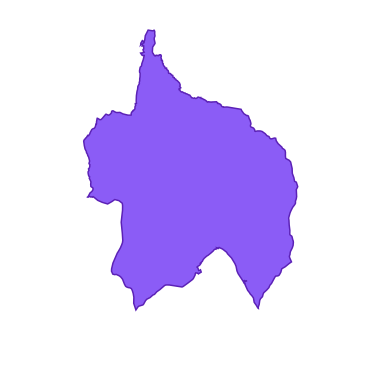 outline of Bello, Antioquia, Colombia, rotated 205°
{"feature_id": "7082276B79272217078231", "entity_name": "Bello", "entity_type": "district", "adm_level": 2, "iso_a3": "COL", "parent_name": "Colombia", "parent_adm1": "Antioquia", "projection": "robinson", "projection_center": [-75.562, 6.361], "detail": "fine", "context": "isolated", "style": "filled", "palette": "violet", "viewbox_px": 384, "rotation_deg": 205, "n_neighbors": 0, "source": "geoboundaries", "source_scale": "gbopen_adm2", "svg_char_len": 6075}
<svg xmlns="http://www.w3.org/2000/svg" viewBox="0 0 384 384"><g transform="rotate(205 192 192)"><path d="M82.7,114.6L83.3,115.7L83.6,118.5L84.8,122.4L84.8,124.2L83.9,126.9L84.4,129.6L84.4,131.0L82.9,134.6L81.9,137.8L82.0,140.4L81.3,142.6L80.9,149.8L80.6,151.1L78.7,152.3L78.0,153.2L77.8,153.9L77.6,156.9L78.2,160.2L78.1,160.5L75.9,163.7L73.8,168.1L72.3,170.7L75.7,173.7L76.6,174.9L76.8,176.9L77.3,178.2L77.6,179.7L77.5,183.8L77.8,186.3L78.8,189.1L79.5,190.3L80.5,191.3L82.4,193.7L83.1,194.2L84.8,194.5L85.5,195.0L87.1,198.6L90.1,203.4L92.3,207.6L93.0,208.5L93.5,209.6L94.3,214.4L94.4,216.5L94.3,220.5L93.5,224.3L93.5,225.6L94.4,227.5L94.6,229.8L95.2,232.0L98.5,238.3L98.4,241.0L98.5,241.6L101.6,245.0L103.5,245.0L105.8,248.1L108.9,251.2L111.3,255.8L115.3,260.9L117.3,261.8L121.2,262.0L122.4,263.8L124.1,267.5L125.3,269.1L126.8,269.6L128.6,269.8L129.4,270.6L134.4,272.2L137.3,274.0L138.9,276.1L140.2,275.7L142.3,273.8L143.4,273.4L144.1,273.6L145.7,274.8L147.9,274.7L150.3,275.8L154.0,276.5L155.8,276.2L158.5,275.0L160.2,273.7L160.7,273.7L161.4,274.8L162.9,275.8L164.0,276.0L165.9,275.8L166.8,276.3L167.3,277.3L167.3,278.5L167.7,279.2L169.6,281.5L171.0,282.5L173.0,284.7L174.0,284.8L174.6,284.4L178.1,284.9L181.3,286.7L182.5,287.7L195.4,284.1L196.7,283.6L198.4,282.6L199.4,282.5L199.4,282.2L201.0,282.1L202.2,282.8L202.6,283.3L204.1,283.6L204.7,283.4L205.3,283.6L205.8,283.3L206.3,283.5L206.4,283.3L207.0,283.8L208.0,284.1L211.4,282.3L211.6,282.1L212.0,282.1L212.6,281.4L213.7,281.3L214.4,280.9L215.0,280.9L216.0,280.0L216.9,280.4L217.2,280.3L217.5,280.6L219.8,281.0L220.6,280.7L221.7,281.1L222.5,281.0L223.2,280.6L223.9,281.4L224.8,280.8L226.3,280.7L226.8,280.4L227.2,279.3L227.9,278.5L228.6,278.2L229.4,278.4L229.6,278.0L230.3,277.5L231.1,277.6L232.1,277.3L235.1,278.9L235.9,278.6L237.7,278.8L239.3,278.5L240.2,278.8L241.1,278.4L243.0,278.7L243.9,278.2L244.5,278.3L246.2,279.1L246.2,279.3L246.5,279.3L246.4,279.5L246.9,279.5L247.3,279.9L246.2,281.7L247.9,282.8L247.8,283.6L248.0,284.1L249.4,285.5L252.4,286.7L253.6,286.7L254.4,287.4L255.9,287.4L256.4,288.2L257.8,288.1L258.7,289.5L260.0,289.4L260.3,289.8L260.8,289.7L261.6,290.2L263.4,289.8L263.8,290.2L263.9,290.8L265.0,292.0L266.5,292.3L266.7,292.7L267.3,292.9L267.4,293.5L267.8,293.5L268.3,293.0L268.9,293.0L269.4,293.8L271.0,294.5L272.1,295.4L272.2,296.0L273.3,296.5L274.1,298.3L274.9,298.8L275.1,298.3L275.3,298.3L276.2,300.0L276.9,300.6L277.2,302.1L277.8,302.9L278.5,303.1L279.2,302.8L279.2,302.4L280.0,301.9L280.3,301.2L280.6,301.3L281.8,301.0L281.9,300.7L282.3,300.7L282.6,300.5L282.7,299.9L283.5,299.7L284.5,300.3L284.9,300.3L285.5,301.0L286.4,301.4L287.2,302.4L288.9,306.7L288.3,310.7L288.4,311.3L290.9,314.6L291.3,315.7L291.5,317.8L292.7,319.7L293.5,321.6L294.3,322.4L294.8,322.6L295.2,321.8L295.9,321.4L300.2,320.2L300.4,313.9L299.2,310.2L298.8,307.7L298.5,307.1L298.7,306.8L299.1,307.1L299.2,307.3L299.1,307.7L299.8,308.2L300.2,308.0L301.0,308.2L301.3,305.1L301.0,304.9L300.7,303.6L300.5,304.2L299.6,304.8L299.3,305.4L298.9,303.2L297.6,304.0L296.2,301.2L296.6,300.4L295.6,299.1L295.0,298.9L294.9,298.4L294.6,298.3L296.0,296.9L296.1,296.4L296.8,296.6L297.3,296.2L295.2,294.9L294.7,295.0L294.0,294.9L293.3,295.6L293.0,295.6L292.1,291.1L291.7,287.1L291.1,285.1L291.2,284.4L291.7,283.2L290.9,280.0L290.2,278.5L289.2,277.7L287.8,274.5L287.2,272.4L286.4,270.7L286.0,268.6L285.5,268.0L285.7,264.9L284.7,262.0L284.4,260.1L283.1,255.8L281.0,250.8L279.8,248.8L280.7,248.2L280.3,247.8L280.2,247.1L279.7,246.7L279.7,245.1L278.9,243.3L279.0,242.2L279.7,241.4L279.6,240.7L280.0,240.5L280.0,239.6L280.5,238.8L280.2,237.1L279.8,236.5L279.7,235.9L282.5,234.6L287.6,233.6L290.9,233.7L293.8,232.2L294.9,232.0L297.9,232.2L298.2,232.0L298.7,231.6L298.9,231.1L298.5,229.8L298.7,228.8L299.3,227.2L300.1,226.4L301.3,226.2L302.4,226.3L303.0,226.0L304.5,220.6L305.0,219.3L306.0,218.6L308.7,218.9L309.1,218.7L308.2,215.2L307.4,213.5L307.3,213.0L307.8,212.9L307.4,211.4L307.2,209.5L307.6,208.2L308.3,207.8L309.2,206.3L309.4,202.8L309.2,201.6L309.3,201.1L309.6,199.3L310.4,199.3L310.5,198.9L310.4,198.3L310.6,198.0L310.7,196.7L311.2,195.9L311.3,194.8L311.7,194.2L311.7,192.4L309.2,188.5L307.1,185.8L304.8,184.0L304.2,183.0L302.9,182.2L301.8,180.9L300.5,180.0L298.1,177.1L297.7,176.2L297.6,175.1L297.3,174.1L296.2,173.7L295.4,171.8L295.2,170.3L295.6,169.2L294.6,168.0L294.7,166.4L294.2,165.3L293.0,163.6L292.2,162.8L291.2,162.5L290.9,161.0L288.3,158.9L287.8,158.2L287.0,156.0L285.9,154.2L283.8,153.9L283.0,153.1L282.7,151.9L283.0,150.1L284.0,148.1L284.2,143.9L284.5,143.3L284.1,143.3L283.0,144.7L281.4,144.7L280.5,145.5L279.9,145.3L279.4,146.0L273.9,144.6L269.0,144.7L263.4,145.5L260.6,149.4L258.8,152.5L254.4,153.3L250.4,152.3L249.1,150.2L247.2,146.0L243.4,134.7L237.8,125.3L234.3,118.9L233.6,116.7L233.4,114.5L233.3,110.9L233.6,107.4L233.9,104.9L233.6,94.2L232.4,88.4L231.5,86.2L229.1,84.1L227.2,84.4L225.8,85.3L222.3,85.3L220.5,84.8L218.1,83.6L214.1,79.8L212.3,78.5L211.1,78.3L209.4,78.4L208.0,78.9L206.1,78.8L204.4,77.4L202.5,75.3L200.2,72.0L197.8,66.5L193.0,61.4L192.4,65.1L191.9,66.1L188.9,68.8L188.5,69.5L188.2,73.9L187.6,75.8L185.4,78.6L183.9,82.1L182.7,83.4L181.8,86.6L179.9,89.9L177.3,95.7L176.5,96.6L175.6,97.1L173.4,98.1L160.9,101.7L160.1,102.6L157.1,108.0L154.6,112.8L154.2,114.1L154.1,118.0L154.5,119.4L154.4,120.3L153.6,120.6L152.9,120.6L152.6,120.9L152.1,120.9L151.6,120.5L149.8,123.3L151.4,125.0L151.7,124.5L152.8,123.7L154.6,125.7L155.7,126.1L155.5,126.8L154.2,128.7L153.9,129.7L153.7,131.3L154.3,131.2L153.3,133.6L153.3,135.4L152.9,137.1L151.6,140.1L150.7,141.4L149.2,144.4L147.9,147.4L147.5,149.2L146.8,150.1L146.1,150.2L145.9,151.1L146.3,151.8L144.9,151.7L145.0,152.3L144.5,152.5L144.2,152.3L144.0,152.9L143.9,152.9L143.9,153.2L140.2,153.2L135.0,152.0L133.9,151.1L128.3,148.9L122.8,145.2L120.6,143.2L117.9,139.5L115.7,137.5L108.1,132.8L107.1,133.8L106.7,133.4L105.4,134.5L105.1,134.5L105.0,134.3L107.4,132.3L106.3,131.4L105.5,131.7L104.9,130.9L105.1,130.8L100.0,126.4L97.6,125.2L95.8,124.0L94.3,123.5L91.6,122.0L89.0,118.3L85.7,116.4L83.3,114.7L82.7,114.6Z" fill="#8b5cf6" stroke="#5b21b6" stroke-width="1.5"/></g></svg>